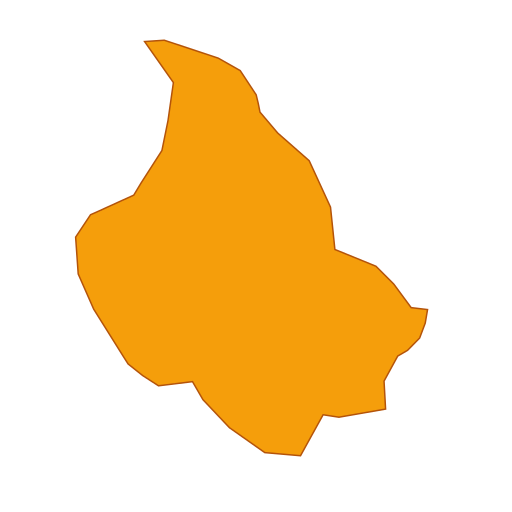 the district of Bayangol, Övörhangay, Mongolia, rotated 193°
{"feature_id": "93677404B12248147717842", "entity_name": "Bayangol", "entity_type": "district", "adm_level": 2, "iso_a3": "MNG", "parent_name": "Mongolia", "parent_adm1": "Övörhangay", "projection": "natural_earth1", "projection_center": [103.336, 45.745], "detail": "fine", "context": "isolated", "style": "filled", "palette": "amber", "viewbox_px": 512, "rotation_deg": 193, "n_neighbors": 0, "source": "geoboundaries", "source_scale": "gbopen_adm2", "svg_char_len": 700}
<svg xmlns="http://www.w3.org/2000/svg" viewBox="0 0 512 512"><g transform="rotate(193 256 256)"><path d="M243.2,82.7L203.2,66.4L167.7,71.4L154.9,116.4L138.9,117.6L95.3,136.0L103.1,162.9L95.4,190.4L87.1,198.2L78.1,212.9L76.0,228.7L76.8,242.4L93.2,240.6L115.4,259.6L136.8,273.0L180.6,280.1L194.4,320.4L225.6,360.8L262.5,380.7L284.5,397.1L287.6,404.0L288.3,405.5L292.1,413.1L313.1,433.1L337.3,440.3L393.9,445.6L412.8,439.9L375.5,406.4L372.2,368.1L371.4,337.6L384.4,301.3L388.8,287.8L400.7,278.7L422.2,262.2L426.5,259.0L436.0,233.8L425.2,198.5L402.2,167.7L363.0,128.6L356.3,122.0L339.5,114.0L321.8,107.6L289.6,119.3L275.4,104.1L243.2,82.7Z" fill="#f59e0b" stroke="#b45309" stroke-width="1.5"/></g></svg>